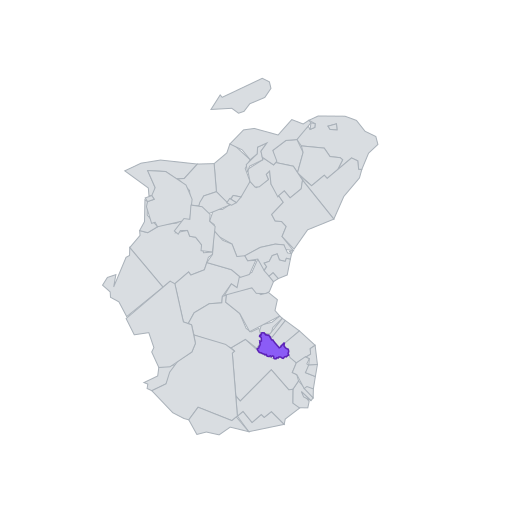 Burkina Faso highlighted on a map of Africa, rotated 230°
{"feature_id": "BFA", "entity_name": "Burkina Faso", "entity_type": "country or territory", "adm_level": 0, "iso_a3": "BFA", "parent_name": "Africa", "parent_adm1": "", "projection": "mercator", "projection_center": [-1.603, 12.251], "detail": "fine", "context": "in_parent", "style": "filled", "palette": "violet", "viewbox_px": 512, "rotation_deg": 230, "n_neighbors": 49, "source": "natural_earth", "source_scale": "50m", "svg_char_len": 13065}
<svg xmlns="http://www.w3.org/2000/svg" viewBox="0 0 512 512"><g transform="rotate(230 256 256)"><path d="M330.7,267.0L353.7,283.3L353.7,299.9L358.6,308.0L355.1,310.6L333.5,313.4L330.0,304.0L316.9,299.3L312.0,291.3L310.8,282.5L317.0,277.5L315.5,267.8L330.7,267.0Z" fill="#d9dde1" stroke="#a8b0b8" stroke-width="1"/><path d="M145.3,138.8L145.3,146.2L131.0,146.0L131.2,158.2L127.1,158.6L126.9,167.8L108.9,169.4L126.1,137.5L145.3,138.8Z" fill="#d9dde1" stroke="#a8b0b8" stroke-width="1"/><path d="M310.8,282.5L316.9,299.3L308.2,300.1L306.6,314.6L312.0,316.3L312.4,321.1L301.4,313.7L279.6,311.4L277.7,294.7L270.6,293.2L265.9,297.8L259.2,298.1L254.2,288.5L236.2,288.1L242.3,282.5L246.6,284.5L252.8,278.3L259.9,264.7L263.8,244.6L267.9,241.0L280.6,245.3L294.8,240.0L302.3,240.1L306.9,244.2L312.5,242.8L318.8,253.3L313.2,260.3L310.8,282.5Z" fill="#d9dde1" stroke="#a8b0b8" stroke-width="1"/><path d="M364.1,270.2L361.5,250.8L366.5,244.4L378.8,241.1L391.1,227.9L373.2,222.7L368.3,216.6L370.9,212.7L377.3,217.2L405.6,210.2L401.0,227.6L390.9,244.5L364.1,270.2Z" fill="#d9dde1" stroke="#a8b0b8" stroke-width="1"/><path d="M353.7,283.3L330.7,267.0L335.6,254.6L331.1,244.4L336.8,238.9L349.0,247.2L365.3,245.8L361.5,250.8L364.1,270.2L353.7,283.3Z" fill="#d9dde1" stroke="#a8b0b8" stroke-width="1"/><path d="M290.1,226.9L286.7,225.0L285.2,223.8L285.6,218.7L278.6,207.6L283.3,193.8L287.1,194.1L286.9,174.0L291.9,174.0L291.9,164.7L343.6,164.7L346.3,180.4L350.3,183.2L343.5,188.0L341.0,203.3L332.2,216.3L331.0,224.9L325.6,209.2L319.6,220.0L313.7,217.9L309.2,221.8L299.6,221.5L292.2,217.9L287.1,225.2L290.1,226.9Z" fill="#d9dde1" stroke="#a8b0b8" stroke-width="1"/><path d="M286.9,176.0L287.1,194.1L283.3,193.8L278.6,207.6L282.6,214.1L261.3,228.4L249.6,230.5L243.9,221.1L250.5,219.2L246.7,204.3L242.1,199.7L249.5,189.5L252.3,172.2L247.8,160.6L252.2,158.0L286.9,176.0Z" fill="#d9dde1" stroke="#a8b0b8" stroke-width="1"/><path d="M254.3,392.7L256.4,390.3L263.5,395.1L269.7,392.2L269.7,374.2L274.0,384.2L277.2,383.7L284.6,376.6L294.8,377.6L311.2,361.5L318.9,362.2L322.1,372.3L321.7,379.4L318.2,378.8L316.7,383.7L319.3,386.4L326.0,383.7L323.3,393.6L305.9,414.0L295.3,420.1L281.4,419.7L270.5,424.6L263.1,421.1L262.4,408.3L254.3,392.7ZM309.2,394.6L305.3,394.1L300.6,399.2L305.5,402.6L309.2,394.6Z" fill="#d9dde1" stroke="#a8b0b8" stroke-width="1"/><path d="M309.2,394.6L305.5,402.6L300.6,399.2L305.3,394.1L309.2,394.6Z" fill="#d9dde1" stroke="#a8b0b8" stroke-width="1"/><path d="M318.9,362.2L305.1,358.7L293.1,341.3L300.8,342.3L314.9,331.2L326.1,336.7L325.3,353.2L318.9,362.2Z" fill="#d9dde1" stroke="#a8b0b8" stroke-width="1"/><path d="M311.2,361.5L294.8,377.6L284.6,376.6L277.2,383.7L274.0,384.2L269.7,374.2L269.7,360.4L274.0,360.2L274.1,343.7L293.1,341.3L305.1,358.7L311.2,361.5Z" fill="#d9dde1" stroke="#a8b0b8" stroke-width="1"/><path d="M269.7,360.4L269.7,392.2L263.5,395.1L256.4,390.3L254.3,392.7L249.3,385.4L245.2,361.6L234.2,339.3L292.3,340.6L274.1,343.7L274.0,360.2L269.7,360.4Z" fill="#d9dde1" stroke="#a8b0b8" stroke-width="1"/><path d="M110.4,203.2L106.4,198.1L113.0,190.3L119.7,189.6L130.2,198.6L133.0,208.3L110.6,208.6L109.8,205.1L122.9,203.6L110.4,203.2Z" fill="#d9dde1" stroke="#a8b0b8" stroke-width="1"/><path d="M133.0,208.3L130.2,198.6L132.4,195.1L159.0,194.6L155.0,150.7L161.7,150.6L196.8,175.4L196.9,178.4L201.7,177.9L199.0,194.3L178.5,197.0L165.7,203.7L159.6,217.5L148.2,218.2L143.4,208.9L138.9,211.0L133.0,208.3Z" fill="#d9dde1" stroke="#a8b0b8" stroke-width="1"/><path d="M108.9,169.4L126.9,167.8L127.1,158.6L131.2,158.2L131.0,146.0L145.3,146.2L145.3,138.8L161.7,150.6L155.0,150.7L159.0,194.6L132.4,195.1L130.2,198.6L119.7,189.6L111.5,191.7L112.3,173.6L108.9,169.4Z" fill="#d9dde1" stroke="#a8b0b8" stroke-width="1"/><path d="M194.8,235.6L191.3,236.1L190.4,223.0L186.5,217.1L195.5,209.2L199.7,215.9L195.0,225.7L194.8,235.6Z" fill="#d9dde1" stroke="#a8b0b8" stroke-width="1"/><path d="M247.8,160.6L252.3,172.2L249.5,189.5L242.1,199.7L246.7,204.3L244.9,208.1L240.1,203.1L222.4,206.6L206.8,201.9L201.0,203.4L198.8,211.8L187.6,206.5L184.8,197.2L199.0,194.3L201.7,177.9L235.4,157.7L244.7,162.4L247.8,160.6Z" fill="#d9dde1" stroke="#a8b0b8" stroke-width="1"/><path d="M194.8,235.6L202.1,202.5L222.4,206.6L240.1,203.1L246.6,209.9L234.3,232.4L223.3,234.8L220.1,242.1L208.8,244.3L202.0,235.5L194.8,235.6Z" fill="#d9dde1" stroke="#a8b0b8" stroke-width="1"/><path d="M246.2,206.4L250.5,219.2L243.9,221.1L250.3,229.3L246.1,242.3L252.5,255.4L225.1,252.9L220.1,243.3L221.2,239.0L227.2,232.2L234.3,232.4L246.2,206.4Z" fill="#d9dde1" stroke="#a8b0b8" stroke-width="1"/><path d="M187.0,214.7L191.3,236.1L187.7,237.0L182.9,216.0L187.0,214.7Z" fill="#d9dde1" stroke="#a8b0b8" stroke-width="1"/><path d="M183.2,214.6L187.7,237.0L170.7,241.1L170.3,214.9L183.2,214.6Z" fill="#d9dde1" stroke="#a8b0b8" stroke-width="1"/><path d="M148.2,218.2L156.1,216.8L170.8,220.7L170.7,241.1L149.6,243.9L150.2,238.0L145.7,234.7L148.2,218.2Z" fill="#d9dde1" stroke="#a8b0b8" stroke-width="1"/><path d="M123.5,207.7L138.9,211.0L143.4,208.9L148.2,218.2L147.1,229.3L143.1,231.0L140.7,225.6L137.4,226.4L134.8,218.9L125.5,224.0L117.3,214.5L123.5,207.7Z" fill="#d9dde1" stroke="#a8b0b8" stroke-width="1"/><path d="M110.6,208.6L123.5,207.7L123.3,211.1L117.3,214.5L110.6,208.6Z" fill="#d9dde1" stroke="#a8b0b8" stroke-width="1"/><path d="M146.4,229.3L145.7,234.7L150.2,238.0L149.6,243.9L133.4,233.3L138.6,226.2L143.1,231.0L146.4,229.3Z" fill="#d9dde1" stroke="#a8b0b8" stroke-width="1"/><path d="M125.5,224.0L134.8,218.9L138.6,226.2L133.4,233.3L125.5,224.0Z" fill="#d9dde1" stroke="#a8b0b8" stroke-width="1"/><path d="M302.3,240.1L289.4,240.6L280.6,245.3L267.9,241.0L263.4,247.6L257.7,246.6L252.8,253.0L246.1,239.1L249.6,230.5L261.3,228.4L282.6,214.1L285.2,223.8L302.3,240.1Z" fill="#d9dde1" stroke="#a8b0b8" stroke-width="1"/><path d="M263.4,247.6L259.9,264.7L252.8,278.3L246.6,284.5L238.1,282.2L235.0,284.8L231.4,280.2L234.7,277.8L233.1,274.9L237.9,271.4L244.0,273.6L245.9,268.7L243.4,262.7L245.3,257.7L240.9,257.2L240.0,253.0L252.5,255.4L257.7,246.6L263.4,247.6Z" fill="#d9dde1" stroke="#a8b0b8" stroke-width="1"/><path d="M232.2,253.0L239.5,252.8L240.9,257.2L245.3,257.7L243.4,262.7L245.9,268.7L244.0,273.6L237.9,271.4L233.1,274.9L234.7,277.8L231.4,280.2L221.4,267.7L224.4,258.5L232.2,258.3L232.2,253.0Z" fill="#d9dde1" stroke="#a8b0b8" stroke-width="1"/><path d="M225.1,252.9L232.2,253.0L232.2,258.3L224.4,258.5L225.1,252.9Z" fill="#d9dde1" stroke="#a8b0b8" stroke-width="1"/><path d="M316.9,299.3L327.8,305.2L325.4,323.1L327.7,324.3L314.5,328.0L314.9,331.2L300.8,342.3L284.2,340.4L278.4,333.8L278.6,319.5L287.7,319.5L287.2,310.7L301.4,313.7L312.4,321.1L312.0,316.3L306.6,314.6L306.9,302.9L309.4,299.6L316.9,299.3Z" fill="#d9dde1" stroke="#a8b0b8" stroke-width="1"/><path d="M325.7,303.2L332.3,307.3L333.5,322.5L338.4,327.2L335.6,337.1L333.1,327.2L325.4,323.1L328.9,308.9L325.7,303.2Z" fill="#d9dde1" stroke="#a8b0b8" stroke-width="1"/><path d="M333.5,313.4L346.2,313.6L358.6,308.0L360.6,327.5L354.8,336.7L334.5,350.7L337.5,371.1L326.8,377.0L326.0,383.7L322.7,383.7L318.9,362.2L325.3,353.2L326.1,336.7L315.2,332.9L314.5,328.0L327.7,324.3L333.1,327.2L335.6,337.1L338.4,327.2L333.5,322.5L333.5,313.4Z" fill="#d9dde1" stroke="#a8b0b8" stroke-width="1"/><path d="M322.7,383.7L319.3,386.4L316.7,383.7L318.2,378.8L322.7,383.7Z" fill="#d9dde1" stroke="#a8b0b8" stroke-width="1"/><path d="M235.0,284.8L238.1,284.6L236.2,288.1L235.0,284.8ZM236.8,289.5L254.2,288.5L259.2,298.1L265.9,297.8L270.6,293.2L277.7,294.7L279.6,311.4L287.7,312.1L287.7,319.5L278.6,319.5L278.4,333.8L284.2,340.4L234.2,339.3L242.9,312.4L236.8,289.5Z" fill="#d9dde1" stroke="#a8b0b8" stroke-width="1"/><path d="M315.7,273.4L317.0,277.5L310.8,282.5L309.5,275.2L315.7,273.4Z" fill="#d9dde1" stroke="#a8b0b8" stroke-width="1"/><path d="M397.2,315.7L402.4,332.1L399.3,332.1L388.1,375.0L380.8,378.2L374.8,375.2L371.8,364.7L376.6,349.1L374.5,339.8L376.6,334.4L384.7,332.4L397.2,315.7Z" fill="#d9dde1" stroke="#a8b0b8" stroke-width="1"/><path d="M109.8,205.1L117.5,201.9L122.9,203.6L109.8,205.1Z" fill="#d9dde1" stroke="#a8b0b8" stroke-width="1"/><path d="M224.4,124.4L215.9,104.9L219.8,89.6L224.5,87.4L227.4,90.8L231.1,88.8L227.3,103.6L233.1,109.9L224.4,124.4Z" fill="#d9dde1" stroke="#a8b0b8" stroke-width="1"/><path d="M145.3,138.8L145.4,131.7L177.4,114.4L173.7,99.2L177.9,96.3L189.5,91.5L219.8,89.6L215.9,104.9L222.5,115.2L225.8,128.8L223.7,145.2L228.0,153.4L235.4,157.7L207.8,175.9L196.9,178.4L196.8,175.4L145.3,138.8Z" fill="#d9dde1" stroke="#a8b0b8" stroke-width="1"/><path d="M341.7,199.4L343.5,188.0L350.3,183.2L354.0,192.7L370.6,207.2L367.4,207.9L357.3,199.0L341.7,199.4Z" fill="#d9dde1" stroke="#a8b0b8" stroke-width="1"/><path d="M126.1,137.5L141.5,126.2L142.7,112.8L153.1,104.8L157.3,96.0L173.7,99.2L177.4,114.4L145.4,131.7L145.4,137.5L126.1,137.5Z" fill="#d9dde1" stroke="#a8b0b8" stroke-width="1"/><path d="M343.6,164.7L291.9,164.7L292.7,118.0L309.0,121.5L317.9,118.0L322.2,121.2L332.3,119.7L335.1,128.4L331.8,136.7L323.8,127.1L338.5,155.6L337.7,159.5L343.6,164.7Z" fill="#d9dde1" stroke="#a8b0b8" stroke-width="1"/><path d="M291.6,116.3L291.9,174.0L286.9,176.0L252.2,158.0L244.7,162.4L228.0,153.4L223.7,145.2L226.4,118.9L233.1,109.9L249.5,114.4L251.5,118.9L266.2,124.6L273.9,112.1L291.6,116.3Z" fill="#d9dde1" stroke="#a8b0b8" stroke-width="1"/><path d="M391.1,227.9L378.8,241.1L355.3,248.0L340.5,243.5L326.6,228.9L341.7,199.4L346.7,200.4L348.1,197.0L364.2,203.8L367.4,207.9L364.9,214.5L369.3,215.0L373.2,222.7L391.1,227.9Z" fill="#d9dde1" stroke="#a8b0b8" stroke-width="1"/><path d="M367.4,207.9L371.7,208.5L369.3,215.0L364.9,214.5L367.4,207.9Z" fill="#d9dde1" stroke="#a8b0b8" stroke-width="1"/><path d="M330.7,267.0L311.9,268.7L319.1,246.4L331.1,244.4L333.2,247.4L335.6,254.6L330.7,267.0Z" fill="#d9dde1" stroke="#a8b0b8" stroke-width="1"/><path d="M315.5,267.8L317.0,272.8L309.5,275.2L310.6,269.9L315.5,267.8Z" fill="#d9dde1" stroke="#a8b0b8" stroke-width="1"/><path d="M317.3,247.6L312.5,242.8L304.9,243.7L287.1,225.2L295.4,217.3L299.6,221.5L309.2,221.8L313.7,217.9L319.6,220.0L324.1,214.4L322.7,210.4L327.7,209.5L331.0,224.9L326.6,228.9L336.8,238.9L328.4,246.4L317.3,247.6Z" fill="#d9dde1" stroke="#a8b0b8" stroke-width="1"/><path d="M187.1,214.7L185.9,214.8L185.5,214.9L185.3,214.9L185.2,214.7L183.8,214.4L182.8,214.2L181.8,214.0L181.6,214.3L181.4,214.3L181.2,214.5L180.8,214.8L180.5,214.9L180.4,215.0L180.1,214.8L179.8,214.7L179.2,214.8L178.9,214.7L178.6,214.7L177.8,214.7L176.4,214.6L176.2,214.7L174.9,214.7L173.4,214.7L172.2,214.8L171.2,214.8L171.2,214.7L170.8,214.7L170.8,214.8L170.5,215.9L170.4,216.5L170.6,216.9L170.8,217.1L171.0,217.2L171.0,217.4L170.8,217.5L171.0,217.9L171.1,218.1L171.0,218.3L171.0,218.8L171.2,219.5L171.2,220.0L171.0,220.3L171.1,220.6L171.4,221.2L171.4,221.4L171.3,221.5L171.1,221.7L170.9,221.7L170.6,221.3L170.5,221.2L170.3,220.9L170.1,220.5L169.9,220.4L169.7,220.2L169.4,219.8L169.1,219.6L168.8,219.7L168.4,219.6L167.5,219.5L166.6,219.5L166.3,219.6L165.9,219.8L164.9,220.1L164.6,220.3L164.3,220.7L164.0,220.7L163.6,220.6L163.4,220.4L163.0,220.4L162.6,220.2L162.2,219.8L161.9,219.7L161.5,219.4L161.4,218.9L161.2,218.6L160.9,218.1L160.6,217.8L160.2,217.7L159.7,217.7L159.4,217.5L159.1,217.3L159.2,217.0L159.3,216.6L159.3,216.3L159.4,215.7L159.3,215.0L159.2,214.5L159.5,214.3L159.9,214.1L160.1,213.8L160.3,213.0L160.4,212.4L160.3,212.2L160.2,212.0L160.1,211.7L160.1,211.3L160.1,211.0L160.4,210.8L160.7,210.5L160.9,210.4L161.5,210.3L162.3,210.1L162.7,209.9L163.0,209.7L163.3,209.3L163.6,209.0L163.9,208.8L163.9,208.1L163.9,207.7L163.7,207.5L163.6,207.3L164.7,206.7L164.7,206.3L164.6,205.9L164.4,205.6L164.3,205.3L164.6,204.9L164.9,204.7L165.1,204.4L165.5,204.1L166.0,204.0L166.4,204.1L167.6,204.9L167.8,205.0L168.0,204.9L168.4,204.7L168.8,204.6L168.9,204.0L168.9,203.2L169.0,202.9L169.9,203.0L170.1,203.0L170.3,202.9L170.4,202.5L170.4,202.3L170.6,201.6L171.0,201.0L171.9,200.3L172.1,200.2L172.4,200.1L173.9,200.6L174.2,200.5L174.5,199.3L175.0,199.2L175.4,199.2L175.8,199.1L176.6,198.5L177.9,197.9L178.6,197.7L179.2,197.1L179.8,196.6L180.2,196.5L180.8,196.5L181.2,196.6L181.3,196.7L181.4,196.8L182.1,196.6L183.2,196.9L184.1,197.2L184.0,197.4L184.0,197.8L183.9,198.4L183.8,199.1L184.2,199.6L184.7,200.0L184.8,200.2L184.7,200.7L184.8,201.0L185.0,201.5L185.4,202.1L185.8,202.7L186.1,202.7L186.4,202.8L186.6,202.9L186.8,203.0L187.0,203.1L187.3,203.2L187.4,203.3L187.6,203.7L188.0,204.0L188.4,204.2L188.2,204.3L187.8,204.3L187.4,204.2L187.4,204.4L187.4,205.1L187.4,205.6L187.5,205.7L187.9,205.8L188.8,206.6L189.7,207.3L189.9,207.4L190.4,207.5L190.9,207.5L191.1,207.5L191.6,207.1L191.9,207.1L192.2,207.1L192.3,207.1L192.5,207.4L192.8,207.9L192.8,208.2L192.8,208.4L192.7,208.4L192.3,208.5L192.1,208.6L192.2,208.9L192.2,209.0L192.7,209.7L193.3,210.5L193.5,210.7L193.4,211.0L193.1,211.6L192.8,211.9L191.8,212.9L191.2,212.7L190.1,212.9L189.9,212.7L189.7,212.7L189.3,212.7L189.2,212.8L189.1,213.0L188.9,213.4L188.7,213.5L188.3,213.5L188.1,213.6L188.1,213.8L187.9,214.0L187.9,214.4L187.8,214.5L187.5,214.4L187.4,214.4L187.3,214.6L187.2,214.7L187.1,214.7Z" fill="#8b5cf6" stroke="#5b21b6" stroke-width="1.5"/></g></svg>